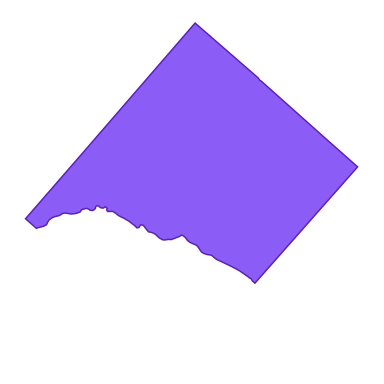 Clayton, Iowa, United States of America (Albers equal-area conic projection), rotated 131°
{"feature_id": "52423323B1897708269800", "entity_name": "Clayton", "entity_type": "district", "adm_level": 2, "iso_a3": "USA", "parent_name": "United States of America", "parent_adm1": "Iowa", "projection": "albers", "projection_center": [-91.108, 42.863], "detail": "fine", "context": "isolated", "style": "filled", "palette": "violet", "viewbox_px": 384, "rotation_deg": 131, "n_neighbors": 0, "source": "geoboundaries", "source_scale": "gbopen_adm2", "svg_char_len": 1465}
<svg xmlns="http://www.w3.org/2000/svg" viewBox="0 0 384 384"><g transform="rotate(131 192 192)"><path d="M62.5,300.5L235.5,300.1L321.4,300.1L321.5,285.5L320.3,285.0L315.5,281.7L312.7,280.5L311.8,280.4L309.5,281.1L306.9,281.5L305.2,281.2L302.4,280.4L301.3,279.8L296.7,276.6L293.3,275.6L292.0,274.8L291.0,273.8L288.0,268.9L285.5,266.5L283.9,265.2L280.4,263.3L278.2,263.7L277.6,263.6L274.1,261.3L273.1,260.0L272.7,258.6L272.6,257.1L272.2,256.2L271.0,254.8L269.5,254.2L267.8,254.1L266.9,254.8L265.7,255.0L265.2,254.9L264.3,254.3L263.9,253.2L263.9,251.1L263.4,249.8L262.7,248.9L262.0,248.2L260.3,248.0L259.9,246.8L260.0,245.0L260.9,244.9L261.5,244.5L262.0,243.5L261.9,242.6L260.8,241.6L258.5,238.8L258.1,235.8L258.0,232.1L257.5,229.8L256.4,225.9L255.4,220.5L255.0,213.6L255.2,210.0L253.7,208.8L251.0,209.2L249.6,208.4L249.2,206.3L250.6,199.0L250.4,198.3L249.2,196.3L248.3,194.0L247.9,191.7L248.1,186.1L247.2,182.5L246.0,181.0L243.0,178.5L241.8,176.7L241.1,176.2L233.6,172.2L231.7,171.8L231.2,171.1L230.9,170.1L230.7,169.2L230.7,168.0L230.8,166.7L231.5,163.8L231.5,162.7L231.4,160.9L230.9,159.0L229.4,154.1L229.3,153.3L229.6,151.0L230.9,146.1L231.0,145.2L230.6,142.7L230.0,141.3L229.0,139.1L227.3,136.5L226.9,135.3L226.9,130.5L226.8,130.4L226.6,128.7L222.7,114.9L220.4,105.3L219.1,93.7L219.2,92.6L218.7,91.0L218.9,89.5L219.5,88.3L219.5,84.7L64.4,83.5L64.0,127.3L62.9,212.8L63.2,214.0L62.5,216.8L62.5,300.5Z" fill="#8b5cf6" stroke="#5b21b6" stroke-width="1.5"/></g></svg>